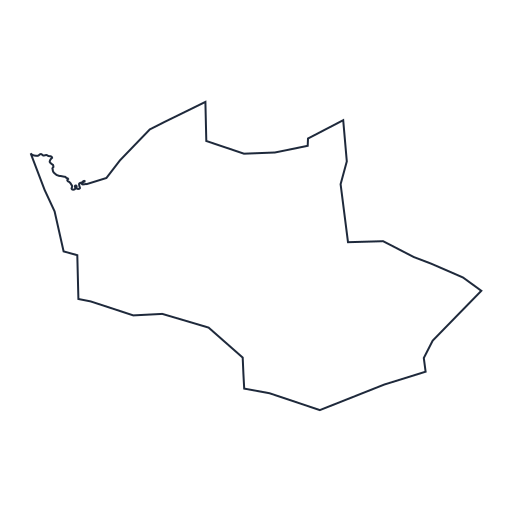 the district of Lu'n, Töv, Mongolia
{"feature_id": "93677404B53704877683410", "entity_name": "Lu'n", "entity_type": "district", "adm_level": 2, "iso_a3": "MNG", "parent_name": "Mongolia", "parent_adm1": "Töv", "projection": "equal_earth", "projection_center": [104.801, 47.789], "detail": "fine", "context": "isolated", "style": "outline", "palette": "slate", "viewbox_px": 512, "rotation_deg": 0, "n_neighbors": 0, "source": "geoboundaries", "source_scale": "gbopen_adm2", "svg_char_len": 2261}
<svg xmlns="http://www.w3.org/2000/svg" viewBox="0 0 512 512"><path d="M425.6,371.7L423.8,358.0L432.7,340.6L481.3,290.8L463.0,277.5L431.0,263.6L413.9,257.1L383.1,241.2L348.0,242.2L340.6,184.2L346.8,161.4L343.2,120.2L308.0,138.5L307.7,145.8L274.9,152.5L244.0,153.7L206.3,141.0L205.4,101.9L164.2,122.1L149.8,129.4L120.0,160.3L106.4,178.0L86.7,184.1L85.9,184.0L84.8,184.2L83.5,184.4L82.5,184.4L81.7,183.8L81.8,183.1L83.2,182.2L83.8,181.7L84.5,181.6L84.6,181.1L84.2,180.9L83.5,181.1L83.1,181.4L82.5,182.0L81.8,182.5L81.1,182.8L80.4,182.8L79.9,183.1L79.4,183.4L79.1,183.9L79.1,184.6L79.2,185.2L79.4,186.2L79.5,186.6L79.7,187.0L79.9,187.5L79.9,188.2L79.2,188.8L78.7,188.9L78.1,189.0L77.4,188.8L76.9,188.6L76.6,188.2L76.5,187.7L76.5,187.2L76.6,186.6L76.6,186.2L76.3,185.8L76.0,185.5L75.5,185.5L75.3,185.6L75.0,185.9L74.9,186.2L74.9,186.5L75.0,186.8L75.2,187.3L75.3,188.2L75.1,188.9L74.5,189.4L73.5,189.7L72.6,189.6L72.0,189.3L71.8,189.0L71.6,188.6L71.6,188.2L71.8,187.8L71.9,187.4L72.0,186.9L72.1,186.5L72.1,185.9L71.9,185.4L71.7,185.1L71.3,184.7L70.7,183.5L70.3,183.0L69.9,182.6L69.2,181.9L68.8,181.7L68.3,181.5L68.0,181.3L67.7,181.0L67.5,180.7L67.3,180.2L67.4,179.9L67.6,179.5L67.9,179.2L68.1,179.0L67.7,178.4L67.3,178.3L66.8,178.1L66.4,177.9L66.0,177.6L65.7,177.2L65.1,176.8L64.1,176.7L62.6,176.4L61.6,176.2L60.7,176.0L59.9,176.0L58.8,175.8L57.8,175.4L56.6,175.0L56.0,174.5L55.5,174.1L54.1,172.9L53.5,172.2L53.1,171.5L52.8,170.5L52.7,169.5L52.4,168.6L52.6,168.0L52.9,167.5L53.4,167.0L53.4,166.5L53.3,165.9L53.0,164.9L52.1,164.3L51.3,163.7L50.5,163.0L49.8,162.1L49.7,161.5L49.9,160.8L50.2,160.0L50.7,159.3L51.1,158.7L51.7,158.2L52.1,157.8L52.0,157.4L51.7,156.9L51.2,156.5L50.3,156.2L49.5,156.2L48.9,156.1L48.4,156.0L47.6,155.6L47.0,155.2L46.7,155.1L46.3,155.0L45.8,155.1L45.3,155.2L44.6,155.4L43.9,155.5L43.3,155.5L42.8,155.3L42.3,154.8L41.7,154.4L41.2,154.1L40.8,154.1L40.4,154.1L40.0,154.3L39.5,154.7L39.1,155.0L38.5,155.5L37.7,155.8L36.6,155.8L35.4,155.7L34.2,155.5L33.4,155.3L32.5,154.9L31.7,154.5L30.7,153.4L44.6,189.9L54.6,211.4L63.6,251.4L77.3,255.2L78.4,299.0L90.6,301.4L133.3,315.4L162.3,313.9L208.6,327.6L242.7,357.6L243.4,373.7L244.2,388.6L269.3,393.2L269.7,393.3L319.8,410.1L384.4,384.5L425.6,371.7Z" fill="none" stroke="#1e293b" stroke-width="2"/></svg>